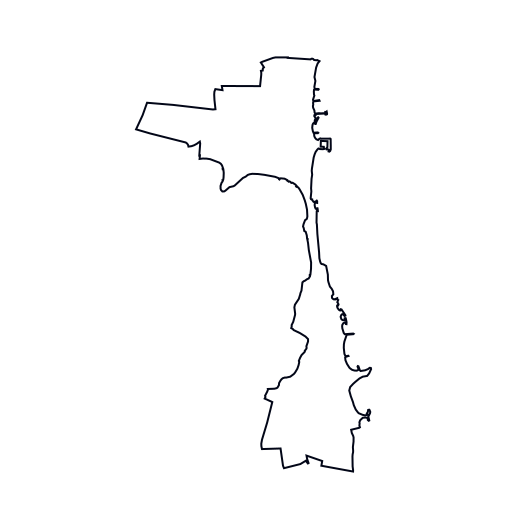 the district of Eforie, Constanta, Romania, rotated 10°
{"feature_id": "2599482B71330041260785", "entity_name": "Eforie", "entity_type": "district", "adm_level": 2, "iso_a3": "ROU", "parent_name": "Romania", "parent_adm1": "Constanta", "projection": "natural_earth1", "projection_center": [28.643, 44.044], "detail": "fine", "context": "isolated", "style": "outline", "palette": "ink", "viewbox_px": 512, "rotation_deg": 10, "n_neighbors": 0, "source": "geoboundaries", "source_scale": "gbopen_adm2", "svg_char_len": 6102}
<svg xmlns="http://www.w3.org/2000/svg" viewBox="0 0 512 512"><g transform="rotate(10 256 256)"><path d="M284.7,53.1L282.2,52.4L281.8,52.7L279.2,52.9L278.2,52.1L276.9,51.9L276.1,52.3L275.6,52.9L252.8,55.4L252.8,54.9L240.8,57.0L238.3,58.0L228.4,63.7L227.2,64.6L231.1,68.8L230.2,70.0L230.4,72.2L228.7,72.8L229.4,74.7L229.7,76.8L230.5,88.0L192.8,94.5L194.2,98.5L187.0,98.7L186.5,101.4L186.8,104.3L188.0,109.6L190.6,118.5L188.2,119.2L148.0,121.6L122.1,124.0L119.9,137.0L115.9,152.1L130.4,153.7L167.1,156.4L168.6,157.2L169.8,158.4L170.5,160.0L173.5,159.0L175.8,157.7L178.2,155.8L180.8,153.1L181.5,154.9L182.7,166.9L183.3,166.7L183.6,170.2L186.5,169.3L190.2,168.7L194.0,168.6L203.5,170.4L205.4,171.3L206.8,172.7L208.5,175.7L208.0,176.0L208.2,176.5L208.8,176.5L209.1,177.3L209.8,179.8L210.4,184.2L210.5,186.3L210.3,187.4L210.0,187.4L210.2,187.9L210.0,188.7L209.4,189.8L208.9,193.2L209.2,194.6L209.4,195.8L210.1,197.1L211.7,198.3L213.5,197.9L214.5,197.0L217.9,192.8L221.7,191.2L222.8,190.3L229.6,181.4L232.1,179.6L233.8,177.6L235.6,176.6L238.1,175.7L244.0,174.9L250.3,174.6L261.1,174.7L265.1,175.5L265.5,175.7L265.4,176.4L265.8,176.6L266.4,175.4L266.8,175.2L270.7,174.9L273.6,175.8L273.6,176.3L275.3,177.1L275.6,176.7L277.0,177.0L278.1,177.9L279.3,177.5L282.4,178.8L283.9,180.0L283.5,180.6L283.8,180.8L284.1,180.5L284.6,180.6L286.0,181.4L287.4,182.8L291.4,187.7L294.4,192.8L296.0,196.0L298.2,201.5L299.7,208.0L299.7,209.8L299.5,210.8L298.1,212.2L297.3,216.4L297.2,218.8L298.1,220.1L299.2,223.0L300.7,223.5L302.4,226.8L303.3,230.0L304.0,230.3L304.0,230.8L303.7,230.8L305.0,234.2L307.0,241.0L311.4,252.8L312.4,259.0L312.8,264.9L312.2,265.2L312.2,265.6L312.6,265.9L312.7,266.6L311.7,269.1L310.5,269.8L308.3,272.0L307.4,272.5L306.3,273.9L306.8,282.2L306.2,285.0L306.2,286.2L305.6,290.8L302.8,297.2L302.7,299.9L304.6,306.1L304.7,307.3L304.1,314.4L303.1,317.8L303.4,319.3L303.2,320.9L305.1,321.6L305.9,322.4L312.7,324.3L318.7,326.7L321.7,328.8L322.1,331.2L321.3,336.1L321.8,337.8L321.7,338.6L320.5,340.9L320.7,341.6L320.4,342.3L318.1,345.6L317.1,348.6L316.4,351.9L317.0,352.8L316.9,356.0L316.3,359.8L314.7,364.0L313.8,365.6L310.7,368.9L306.6,370.6L305.7,370.6L303.6,371.7L302.5,373.0L301.7,374.6L300.8,377.1L301.0,379.2L300.0,381.9L299.2,382.6L297.2,383.5L290.8,384.9L291.0,385.4L290.6,387.6L289.2,392.1L289.8,393.2L289.3,394.9L297.4,397.0L295.9,418.2L293.8,435.9L293.8,439.9L294.3,442.3L295.4,445.1L313.6,441.3L319.0,457.8L320.4,460.1L335.8,453.2L340.6,449.0L343.1,451.3L343.7,450.8L341.6,447.0L340.4,443.8L356.8,446.4L356.8,451.2L389.0,451.4L388.8,450.0L387.7,446.5L385.8,436.6L385.6,434.4L385.7,432.6L385.5,431.0L384.6,427.4L384.3,421.9L383.6,417.7L382.9,416.2L381.1,413.7L379.9,410.6L387.4,407.3L388.1,406.6L387.3,405.2L387.1,402.8L386.7,401.8L387.1,399.7L389.2,396.8L391.7,396.1L393.3,396.1L394.2,396.5L394.6,398.1L395.6,398.7L396.1,398.3L395.0,395.7L394.4,395.1L395.6,391.0L395.6,389.7L394.6,388.0L394.2,387.7L393.2,388.1L393.2,390.3L392.5,391.8L393.4,392.6L393.5,393.0L391.0,394.0L388.5,393.9L384.5,393.0L383.6,392.4L380.9,389.9L378.2,385.9L376.9,383.1L373.7,377.6L371.2,372.3L371.5,368.7L373.9,365.0L375.7,362.7L379.2,358.6L382.1,356.3L386.3,354.8L387.8,352.0L389.0,347.4L388.5,346.3L387.3,346.4L386.1,347.8L383.3,349.6L379.0,351.1L378.2,350.6L376.0,346.8L375.4,346.7L375.2,347.3L376.7,349.7L376.8,350.2L375.2,351.4L372.9,351.7L370.4,351.4L368.3,350.4L367.4,349.8L364.3,346.4L362.2,343.1L361.4,340.4L361.7,339.9L364.4,338.4L364.2,338.2L361.6,339.2L360.1,337.1L358.4,331.2L357.9,327.7L357.9,324.9L359.0,317.8L365.4,316.1L365.7,315.7L365.2,315.5L357.0,317.6L355.8,316.6L353.6,312.3L353.0,310.1L353.0,308.7L353.7,307.0L355.0,306.0L355.5,305.9L355.8,306.2L356.3,307.4L356.9,307.4L356.7,305.5L355.2,301.7L354.6,301.6L354.1,302.0L354.6,302.8L354.6,303.5L354.4,303.8L352.9,304.1L351.7,303.8L351.0,303.3L349.9,301.2L350.2,299.4L351.0,298.3L352.0,298.4L353.6,299.7L354.4,299.2L354.4,298.9L349.5,293.8L348.7,293.7L348.5,294.3L348.7,294.8L348.3,295.1L347.0,294.6L345.5,293.2L344.7,291.9L344.5,290.7L344.7,290.4L344.9,290.8L345.4,290.6L345.7,289.5L345.1,288.4L344.1,287.4L344.6,285.1L343.8,284.8L343.7,284.3L343.3,284.2L343.2,283.5L342.7,283.8L342.8,284.3L341.5,284.6L341.5,285.0L340.2,285.2L338.9,284.7L338.1,284.0L337.7,282.2L338.8,280.3L338.0,277.4L336.2,275.1L334.1,273.3L331.9,269.2L331.1,267.3L330.0,261.9L326.8,253.6L323.8,252.5L321.9,252.5L321.0,251.8L320.1,250.3L318.8,247.2L317.5,241.5L312.6,223.6L310.5,214.4L309.8,212.6L308.0,201.3L308.2,200.8L309.1,200.9L309.0,200.5L308.3,198.3L308.0,198.3L307.5,199.3L306.5,199.0L305.7,197.8L304.9,195.7L304.8,194.0L305.2,193.0L305.8,192.7L306.1,193.1L307.0,193.1L306.7,191.4L306.2,190.9L305.8,191.3L305.7,192.0L303.3,192.7L301.6,191.1L301.5,190.5L300.3,190.5L299.8,189.7L299.3,182.8L298.5,179.8L297.3,170.3L297.2,166.2L296.1,162.4L295.9,160.1L295.7,149.0L296.1,145.6L296.7,143.0L298.0,140.4L298.8,139.3L300.3,139.6L303.3,139.2L304.5,138.8L304.6,138.5L304.0,137.5L303.8,136.7L300.7,137.1L299.9,131.4L306.5,130.5L307.4,136.4L306.5,138.1L306.5,138.4L306.9,138.8L308.6,138.5L309.4,138.8L309.3,140.4L310.1,140.5L310.8,139.7L311.1,138.0L310.5,134.6L309.2,127.8L308.8,127.5L299.6,129.2L299.0,129.0L298.1,129.5L297.0,131.0L295.2,130.6L294.0,129.7L293.0,128.5L292.5,127.6L291.9,125.3L292.1,125.0L295.6,124.3L295.9,123.9L295.4,123.6L291.2,124.6L290.3,123.2L289.1,120.0L288.9,117.1L289.2,115.7L289.6,115.1L290.9,114.8L291.4,115.7L291.9,115.6L292.2,113.3L293.6,109.0L293.1,108.6L292.8,108.9L291.4,114.1L290.2,114.7L290.5,113.6L290.3,112.1L290.9,109.9L289.2,108.3L289.0,107.2L289.2,106.9L289.5,106.7L289.8,107.1L290.2,107.0L290.0,106.0L290.2,105.8L299.5,103.6L299.7,104.6L300.3,104.7L301.3,104.1L301.3,103.5L300.5,101.5L300.2,101.9L299.2,102.1L299.4,103.3L294.9,104.3L293.2,104.4L289.6,105.5L288.8,104.5L288.2,102.5L286.6,100.2L286.2,99.2L286.0,98.2L286.1,97.1L285.6,95.2L285.7,93.8L291.6,92.1L291.2,91.5L286.2,93.2L285.5,93.2L285.0,92.2L285.6,87.8L285.1,87.0L284.4,84.0L284.3,82.1L284.5,81.9L288.5,81.5L288.8,81.0L288.6,80.7L288.0,80.7L285.1,81.2L284.7,80.9L284.1,79.3L284.1,73.3L282.5,69.6L282.5,59.9L283.3,55.6L284.7,53.1Z" fill="none" stroke="#020617" stroke-width="2"/></g></svg>